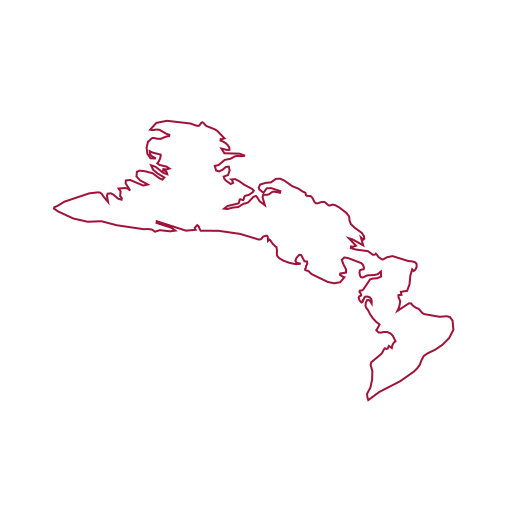 map outline of Prince Edward Island (Equal Earth projection), rotated 190°
{"feature_id": "CAN-687", "entity_name": "Prince Edward Island", "entity_type": "Province", "adm_level": 1, "iso_a3": "CAN", "parent_name": "Canada", "parent_adm1": "", "projection": "equal_earth", "projection_center": [-63.312, 46.509], "detail": "fine", "context": "isolated", "style": "outline", "palette": "rose", "viewbox_px": 512, "rotation_deg": 190, "n_neighbors": 0, "source": "natural_earth", "source_scale": "10m", "svg_char_len": 5535}
<svg xmlns="http://www.w3.org/2000/svg" viewBox="0 0 512 512"><g transform="rotate(190 256 256)"><path d="M458.6,265.5L463.2,267.6L463.1,269.0L460.4,270.7L454.0,276.3L431.2,288.7L423.3,291.1L420.7,291.4L418.6,290.3L416.8,288.3L411.1,283.5L413.3,289.6L412.9,291.6L409.9,292.5L407.2,291.7L401.7,288.5L398.2,288.1L398.2,289.6L400.2,291.5L400.6,296.2L403.0,298.6L397.0,300.1L394.1,300.2L391.3,298.6L397.0,304.9L397.3,307.8L393.1,309.0L379.3,305.8L375.0,307.6L383.5,310.5L387.5,313.6L387.9,318.3L385.2,319.9L380.3,320.2L372.2,319.6L365.1,316.0L361.5,314.9L359.9,317.4L367.2,320.2L372.3,323.1L375.1,327.1L370.4,326.4L362.1,321.9L357.6,321.1L358.4,322.9L359.3,323.8L360.5,324.2L362.3,324.1L362.3,325.6L360.6,325.5L359.2,325.8L356.4,327.1L359.7,328.5L366.6,328.9L369.3,330.1L368.1,332.4L367.4,335.4L367.2,338.1L367.5,339.3L376.0,339.9L378.8,340.8L377.9,337.8L376.2,336.4L371.6,334.6L376.9,333.9L380.7,337.8L382.6,343.8L382.2,349.8L381.9,349.9L379.3,353.6L378.2,354.3L376.6,354.5L373.5,354.3L370.0,354.9L365.4,357.9L362.4,359.0L362.4,360.3L365.5,360.8L372.9,363.5L375.4,363.4L379.7,362.0L382.2,362.0L377.2,369.8L367.1,373.7L343.4,375.1L338.2,374.1L335.7,374.0L334.4,374.8L333.0,377.7L332.0,378.4L331.0,378.0L328.4,376.0L327.5,375.4L318.6,373.6L315.7,372.4L307.5,366.4L309.9,365.1L311.0,365.0L311.0,363.5L308.4,363.0L305.7,362.0L303.2,360.4L301.1,358.1L300.6,355.9L302.9,355.4L308.7,355.8L305.0,351.7L290.0,353.9L284.2,352.8L287.9,351.7L291.7,351.3L293.9,350.6L297.9,347.4L303.5,345.2L308.7,339.0L312.2,337.6L310.2,333.3L307.2,332.9L304.0,335.0L301.1,338.5L298.3,339.3L296.8,335.6L297.6,330.9L301.6,328.6L300.4,326.3L298.4,324.9L293.5,322.5L291.2,324.1L292.0,325.2L292.3,326.0L292.6,326.6L293.5,327.1L289.9,328.1L285.1,326.6L280.2,324.2L271.3,321.3L269.5,320.0L270.3,318.2L273.5,315.1L274.4,314.5L276.2,313.9L277.0,313.5L277.8,312.3L278.0,311.1L277.9,309.9L278.2,309.0L279.0,308.8L281.0,309.2L281.7,309.0L282.0,308.0L281.9,306.7L282.0,305.5L282.9,304.5L292.7,300.3L295.6,297.1L292.6,297.2L287.4,299.6L281.9,301.2L277.5,305.2L275.3,306.1L272.9,307.5L268.9,313.7L266.5,315.1L265.5,314.5L261.9,310.5L256.1,307.6L259.8,315.1L259.6,317.4L255.5,318.3L254.0,318.9L251.3,321.8L249.7,322.5L243.3,322.5L243.3,324.1L252.8,325.5L257.2,324.5L259.6,319.6L264.3,322.1L265.2,323.8L264.3,327.1L259.2,329.7L254.0,331.1L249.7,335.5L245.6,336.3L241.0,335.1L232.3,331.0L226.0,329.7L221.3,327.6L219.2,327.1L218.2,326.7L217.4,324.6L216.4,324.1L212.7,324.4L211.8,324.1L210.1,322.5L207.6,319.1L205.9,318.3L204.4,318.6L200.7,320.6L198.3,321.1L196.6,320.5L194.7,319.2L192.9,318.4L191.3,318.9L189.4,319.9L186.9,319.8L182.5,318.3L174.4,314.1L171.2,311.1L169.9,306.8L168.0,303.8L163.8,301.0L155.8,297.1L153.3,294.5L152.3,291.9L153.1,290.8L155.9,292.5L152.3,285.1L163.6,289.1L167.6,289.6L159.3,283.5L161.4,282.3L162.6,281.9L164.0,282.0L164.0,280.3L158.9,279.7L146.5,280.2L141.2,277.5L139.6,277.8L138.5,278.5L138.3,279.0L137.1,278.2L135.5,276.6L134.9,276.1L131.8,274.7L130.5,274.5L126.8,277.5L121.5,279.6L105.3,277.5L100.6,277.8L98.1,277.4L96.5,276.1L95.9,273.2L96.7,270.2L98.1,268.6L99.9,270.0L100.6,263.3L99.9,254.8L101.1,247.9L107.1,245.9L106.4,243.8L106.0,243.0L108.9,242.3L108.6,240.3L107.0,238.0L106.1,236.2L106.1,231.6L106.4,229.5L107.2,226.5L97.2,235.9L94.9,236.2L93.5,234.8L91.4,233.6L89.2,232.7L87.3,232.4L86.1,231.8L82.4,228.8L80.4,228.0L64.7,228.0L57.7,229.8L54.5,229.6L51.2,226.5L48.8,217.6L51.5,208.8L57.0,200.9L63.1,195.0L70.3,189.8L73.5,186.5L74.9,182.2L75.8,177.4L77.9,173.1L80.6,169.4L92.2,157.8L110.9,143.6L120.4,133.6L121.8,136.4L122.3,138.0L122.7,139.6L120.5,146.2L120.2,154.6L121.4,162.8L124.3,168.8L124.0,171.4L115.5,181.4L114.9,182.7L113.8,186.2L113.2,187.4L112.5,187.4L111.4,187.1L110.3,187.7L109.5,190.5L108.8,190.1L107.0,189.4L106.3,189.0L106.3,191.3L105.8,193.2L105.1,194.8L103.8,196.3L107.4,201.2L110.1,203.1L113.7,203.9L117.1,203.3L119.7,202.2L122.1,202.0L124.7,203.9L123.9,205.4L122.4,210.0L126.3,212.1L129.9,214.8L133.2,218.1L136.2,222.0L138.8,224.5L139.6,226.3L139.7,229.3L138.9,231.8L137.5,232.3L135.7,231.4L133.9,229.3L134.3,232.0L135.3,233.9L136.9,235.1L139.1,235.4L141.3,235.0L142.1,233.9L142.3,232.5L143.2,230.9L142.8,230.6L143.1,229.2L144.1,228.5L146.1,230.1L147.2,231.7L147.7,233.0L147.3,234.2L145.5,235.4L146.0,236.3L146.3,237.1L146.8,237.8L147.8,238.4L147.8,239.9L145.7,240.5L144.6,241.5L139.6,252.7L137.3,254.0L132.7,255.2L129.2,257.5L130.3,262.4L133.0,259.2L136.0,257.9L143.1,256.2L145.9,254.2L147.4,253.3L149.0,253.4L150.2,254.9L151.2,257.5L151.2,259.9L149.5,261.0L147.7,261.6L147.6,262.9L148.4,264.7L149.5,266.2L151.1,267.3L165.3,270.0L168.8,269.9L170.9,267.0L168.1,262.5L165.0,258.5L164.5,255.3L170.0,253.4L170.0,252.0L166.6,250.6L165.3,250.4L168.5,244.8L174.3,242.7L180.8,242.9L198.1,247.8L200.8,249.6L201.4,250.2L202.1,250.4L203.7,250.4L205.2,250.8L205.4,251.7L205.0,252.7L204.8,253.4L205.0,254.8L204.5,256.2L204.2,257.7L204.8,259.4L207.4,259.2L211.7,264.8L213.6,264.7L215.8,261.2L216.4,258.2L214.9,256.3L210.6,256.2L215.1,254.9L221.5,255.0L228.0,256.1L232.8,257.9L235.3,260.0L236.0,262.4L236.3,265.1L237.4,268.4L237.9,268.4L241.7,270.9L244.5,273.8L245.6,274.5L246.8,273.0L247.7,276.8L248.8,277.9L250.4,277.4L252.6,276.1L252.9,275.6L253.2,274.8L253.7,273.8L254.9,273.0L256.2,272.7L275.5,275.0L297.3,274.3L314.9,271.3L316.2,272.8L317.6,275.3L319.3,276.2L321.2,273.0L320.0,271.3L329.3,268.8L359.8,273.0L359.7,271.3L344.2,269.1L339.9,267.0L344.7,265.4L355.3,264.7L359.7,262.4L363.1,264.0L367.1,263.8L371.4,262.9L398.5,262.1L414.3,263.4L427.7,260.5L442.4,261.2L458.6,265.5Z" fill="none" stroke="#9f1239" stroke-width="2"/></g></svg>